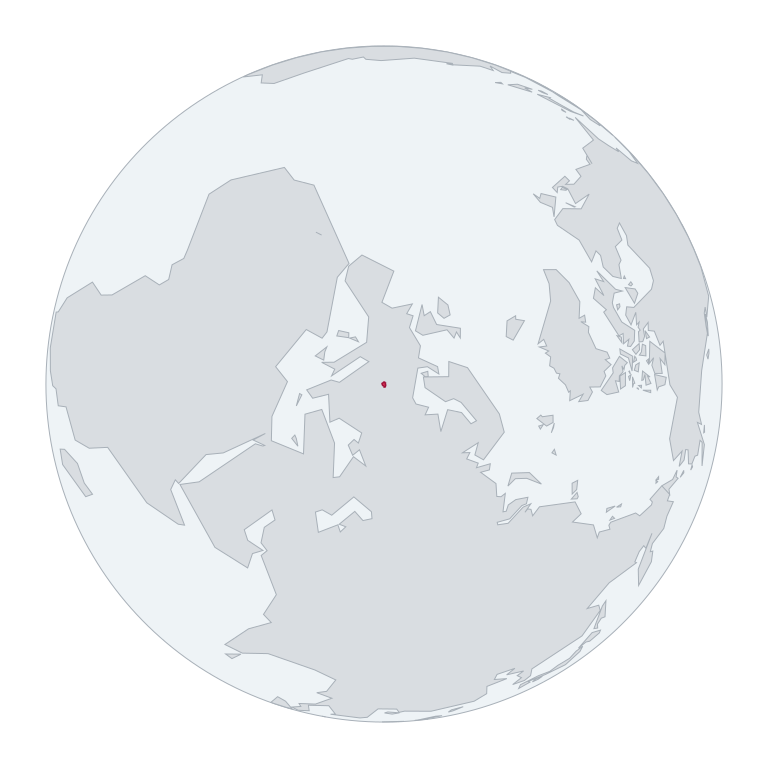 the Earth from above Zlínský, rotated 103°
{"feature_id": "CZE-10371", "entity_name": "Zlínský", "entity_type": "Region", "adm_level": 1, "iso_a3": "CZE", "parent_name": "Czechia", "parent_adm1": "", "projection": "orthographic", "projection_center": [17.624, 49.185], "detail": "fine", "context": "on_globe", "style": "filled", "palette": "rose", "viewbox_px": 768, "rotation_deg": 103, "n_neighbors": 0, "source": "natural_earth", "source_scale": "10m", "svg_char_len": 11622}
<svg xmlns="http://www.w3.org/2000/svg" viewBox="0 0 768 768"><g transform="rotate(103 384 384)"><circle cx="384" cy="384" r="338" fill="#eef3f6" stroke="#a8b0b8"/><path d="M64.3,274.6L66.5,268.3L69.3,260.8L79.0,238.6L90.2,217.1L81.7,233.6L83.8,231.5L79.9,242.6L72.5,253.5L64.0,278.6L59.0,291.7L55.1,306.3L53.4,315.5L50.9,331.2L52.7,330.5L54.0,339.1L50.3,352.2L54.0,348.1L52.7,361.9L57.5,388.7L56.2,389.5L59.7,427.8L69.5,459.5L71.7,474.7L70.0,477.6L74.7,487.9L74.9,491.9L99.0,531.9L115.9,558.7L118.3,571.4L110.1,572.1L116.5,590.2L112.6,585.3L98.3,564.4L85.6,542.5L74.5,519.8L65.3,496.2L57.8,472.0L52.1,447.4L48.3,422.4L46.3,397.1L46.3,371.8L48.2,346.6L51.4,326.4L52.8,318.1L52.5,318.7L64.3,274.6ZM153.2,137.2L171.9,121.0L161.4,129.7L171.7,121.1L183.4,112.2L198.8,101.5L225.4,87.4L246.3,84.5L236.8,88.4L242.9,87.9L255.2,83.2L261.8,80.3L299.4,77.5L340.7,71.0L352.0,65.5L350.9,70.0L371.0,58.2L392.3,55.7L369.3,60.9L367.8,63.4L382.8,62.4L384.4,64.8L392.6,66.0L393.3,69.3L379.8,72.9L380.0,75.3L390.6,74.5L397.9,77.9L382.3,78.5L393.5,84.7L373.1,93.4L330.9,95.1L320.5,105.2L279.5,121.6L284.2,123.8L271.7,132.5L272.4,138.5L264.6,140.5L272.0,143.7L278.9,140.8L284.5,141.4L285.6,144.9L275.8,147.8L273.9,146.5L271.5,149.2L266.2,149.3L269.5,151.2L257.5,154.8L270.8,156.6L262.5,164.0L254.2,164.9L253.2,157.8L231.5,144.7L222.7,144.7L211.4,151.2L193.8,177.6L184.9,181.1L174.1,190.8L179.8,191.8L190.2,184.6L198.1,189.5L210.0,180.9L214.9,181.9L227.8,176.5L227.7,185.2L220.7,196.7L210.0,201.9L206.6,207.4L218.3,209.2L199.9,226.2L190.4,250.7L185.4,254.7L172.9,249.2L169.0,231.3L152.8,226.8L165.1,238.0L152.5,248.8L151.2,254.4L153.0,259.0L158.5,258.3L154.6,264.1L140.9,254.5L144.3,249.0L148.6,251.9L146.6,243.9L137.3,238.8L131.7,245.3L123.6,232.7L119.5,237.4L115.4,237.7L122.6,230.8L109.5,243.4L99.2,234.8L81.2,257.7L96.9,230.2L101.2,218.8L104.9,207.6L101.8,211.0L110.9,193.2L112.0,186.5L102.1,197.9L91.6,214.5L104.9,193.5L119.6,173.6L135.7,154.8L153.2,137.2ZM76.4,263.6L67.2,299.9L67.6,286.4L68.4,287.3L71.7,276.4L76.3,260.4L78.0,249.9L76.4,263.6ZM83.2,263.5L84.4,258.2L83.9,262.5L83.2,263.5ZM264.4,78.8L255.2,82.9L243.5,86.6L251.0,82.8L264.4,78.8ZM286.9,73.9L283.1,76.1L276.7,75.4L280.9,74.3L286.9,73.9ZM359.6,61.5L351.8,62.6L358.8,60.8L359.6,61.5ZM393.6,65.6L395.3,64.7L398.9,65.8L393.6,65.6ZM227.0,172.3L227.3,174.4L224.7,174.2L227.0,172.3ZM232.2,168.1L228.9,166.5L230.9,164.3L232.9,165.4L232.2,168.1ZM403.1,71.9L408.3,74.4L400.7,72.5L403.1,71.9ZM235.8,170.7L234.9,160.7L238.5,157.1L249.0,158.1L235.8,170.7ZM409.7,76.2L422.4,82.7L427.3,80.8L420.7,90.4L412.1,81.3L402.0,79.0L408.8,78.5L409.7,76.2ZM280.7,138.4L273.3,141.6L278.5,135.8L280.7,138.4ZM282.6,134.6L290.6,117.1L302.1,114.6L297.1,120.7L311.1,115.3L312.8,122.5L305.5,127.2L297.7,127.2L304.3,130.1L282.6,134.6ZM415.1,95.0L416.1,97.3L412.5,95.6L415.1,95.0ZM287.1,141.2L287.7,137.7L297.7,135.1L298.4,141.7L294.9,140.4L287.1,141.2ZM314.0,110.5L321.5,110.1L325.0,115.7L328.4,116.4L313.9,122.5L314.0,110.5ZM293.2,142.7L298.4,145.2L294.7,149.7L287.2,144.5L293.2,142.7ZM300.0,131.8L304.8,131.0L302.3,133.5L300.0,131.8ZM284.5,167.9L284.9,163.3L290.2,161.5L284.5,167.9ZM300.6,145.9L301.9,144.3L304.0,143.2L306.6,145.8L300.6,145.9ZM317.3,126.3L317.1,128.9L323.4,124.0L326.2,128.4L316.0,131.9L321.6,132.2L322.5,133.6L313.2,135.0L317.3,126.3ZM315.6,145.2L303.6,151.7L301.6,160.4L296.8,162.1L301.0,147.9L315.6,145.2ZM315.0,139.0L314.3,143.2L308.8,143.0L305.9,140.1L315.0,139.0ZM331.8,130.4L330.1,122.7L332.4,122.2L331.8,130.4ZM316.1,147.7L319.0,146.1L316.6,148.3L316.1,147.7ZM328.2,135.6L327.3,132.8L329.9,132.4L328.2,135.6ZM325.5,145.4L321.6,147.4L319.5,145.4L325.5,145.4ZM327.6,140.9L331.5,141.0L321.1,143.5L326.8,139.8L327.6,140.9ZM330.9,135.6L332.1,134.5L330.9,136.9L330.9,135.6ZM335.7,152.4L323.2,155.9L318.5,151.3L331.4,148.4L335.7,152.4ZM219.6,579.0L195.4,529.8L205.5,517.4L206.0,497.0L274.4,445.2L290.5,453.5L346.1,451.3L353.3,454.6L348.4,472.0L391.5,493.5L403.4,478.6L440.8,485.9L464.6,481.0L470.2,446.7L431.2,454.2L422.8,438.9L452.7,418.9L486.6,412.5L484.4,406.4L461.7,397.4L468.0,383.3L453.6,393.1L460.5,398.5L451.6,405.1L444.8,400.7L447.3,395.7L436.7,394.7L427.4,420.0L433.4,428.1L406.5,435.7L413.9,450.3L407.1,458.0L392.0,436.4L392.4,427.8L365.6,403.8L362.7,413.3L387.9,436.9L380.6,435.3L376.9,449.6L374.0,437.5L347.3,410.3L322.1,414.0L292.3,445.1L277.1,444.9L263.3,434.5L271.8,399.8L304.9,404.4L308.3,393.2L299.6,374.4L310.4,377.7L311.0,371.0L323.3,371.9L338.6,357.1L350.8,356.3L355.0,335.7L361.9,332.8L357.4,345.6L360.9,354.6L391.0,353.0L396.3,348.3L396.6,335.3L404.8,337.0L401.2,324.7L417.6,317.9L394.7,316.2L394.4,302.0L403.2,290.3L399.0,285.6L384.6,304.7L382.6,312.8L387.4,320.1L378.3,343.2L368.3,347.2L362.3,322.6L347.5,325.9L349.3,306.3L387.2,264.9L403.9,256.0L435.5,270.0L432.7,279.5L420.0,279.0L433.4,292.1L431.5,284.9L438.4,286.6L439.9,274.4L444.8,275.1L437.8,262.5L444.0,262.0L448.3,270.0L455.8,252.5L468.2,248.8L467.5,244.6L463.3,241.2L481.8,239.3L480.5,236.3L473.9,235.7L467.0,229.6L462.0,218.3L468.7,218.3L471.4,222.3L487.1,231.2L493.3,242.6L495.6,241.5L491.8,231.7L472.6,220.7L467.7,214.0L477.3,217.8L473.4,215.9L473.1,212.6L479.0,209.5L468.7,204.9L455.9,171.3L466.1,162.7L476.1,169.3L474.2,148.2L485.9,141.6L479.8,140.9L474.7,131.2L471.0,133.1L467.7,132.0L453.1,109.8L454.9,105.2L441.7,96.2L438.6,96.0L436.5,98.9L420.7,90.4L427.3,80.8L434.1,81.6L433.6,75.6L449.1,78.6L461.8,78.9L479.1,86.6L487.5,86.8L486.3,84.5L497.0,83.5L523.0,90.6L507.2,94.6L469.2,89.3L485.2,91.9L483.1,94.5L489.8,97.6L500.9,99.6L501.3,97.8L527.1,119.9L557.1,135.5L551.2,125.0L556.0,122.4L584.9,134.4L628.3,175.8L635.2,175.6L641.3,180.5L647.9,191.0L639.2,184.0L638.2,188.6L632.2,183.4L639.8,199.1L631.6,192.5L641.5,208.5L647.1,210.0L643.4,198.0L655.5,215.7L662.6,214.3L672.8,224.8L692.3,264.6L698.1,290.3L700.5,295.4L697.9,298.5L701.9,316.7L712.5,325.3L714.8,332.4L717.8,361.8L716.5,357.2L709.9,365.4L714.0,385.4L719.2,383.4L721.2,394.2L719.5,401.1L716.9,392.5L714.4,394.9L711.3,378.8L701.9,364.1L699.9,380.1L696.4,370.8L683.2,364.4L678.2,387.0L672.8,436.3L678.1,461.5L673.6,480.4L653.0,460.9L641.8,440.2L635.6,449.6L613.5,441.5L578.7,465.1L572.7,460.4L566.4,468.1L550.6,468.4L541.0,459.6L531.9,464.8L557.4,487.4L567.0,481.6L573.4,464.5L578.8,474.0L593.9,475.5L581.2,512.0L527.8,560.2L520.9,542.1L471.2,495.9L471.7,488.5L471.5,487.7L470.7,486.4L468.0,498.9L458.9,488.5L487.3,525.1L492.8,541.5L527.1,561.7L524.3,565.8L534.8,568.1L566.4,546.6L566.9,553.0L553.1,588.4L507.9,639.0L512.9,656.8L508.1,672.3L477.8,688.7L478.5,696.5L462.5,702.5L460.2,706.4L446.3,712.0L423.8,717.3L387.7,719.6L387.0,717.6L371.3,712.1L350.3,691.0L361.0,679.6L358.4,669.0L332.2,641.0L338.0,625.2L330.6,617.3L315.5,617.3L306.7,607.3L297.4,605.6L238.4,597.2L219.6,579.0ZM252.9,478.3L251.4,484.5L252.9,478.3ZM524.2,422.0L543.3,414.6L531.6,397.3L538.0,393.3L531.7,389.1L530.7,396.1L514.7,383.8L521.8,373.8L517.9,365.4L511.3,367.5L500.8,388.0L523.6,405.4L520.5,415.9L524.2,422.0ZM57.8,389.4L57.9,395.2L56.8,390.9L57.8,389.4ZM65.1,289.4L64.4,295.2L63.1,299.9L63.2,296.3L65.1,289.4ZM64.9,336.1L65.3,343.6L63.8,338.0L64.9,336.1ZM66.3,305.3L64.6,330.7L61.9,321.4L63.5,305.7L63.9,313.5L66.3,305.3ZM78.4,267.7L77.4,272.0L76.0,273.1L78.4,267.7ZM82.8,266.7L82.8,265.5L84.4,262.1L82.8,266.7ZM153.3,249.3L154.3,250.3L154.9,255.6L152.3,254.5L153.3,249.3ZM171.8,272.5L165.1,281.4L168.1,274.0L163.1,273.8L163.2,258.6L182.9,255.9L174.0,259.6L171.8,272.5ZM168.8,238.4L166.5,247.8L168.3,237.6L168.8,238.4ZM301.8,335.1L306.5,340.3L302.7,347.7L287.2,350.5L292.6,339.5L301.8,335.1ZM314.2,346.1L312.5,322.1L322.0,320.0L317.0,325.1L323.5,326.1L317.0,334.8L327.8,357.1L325.1,365.3L298.0,364.8L308.4,360.2L303.1,355.1L314.2,346.1ZM291.3,270.2L290.7,261.4L312.2,268.0L310.3,275.6L294.8,278.3L287.9,271.1L291.3,270.2ZM254.5,175.2L252.9,172.5L255.6,171.5L259.2,173.0L254.5,175.2ZM284.2,165.9L264.5,186.1L261.6,184.0L253.4,199.2L242.7,199.7L248.4,189.6L234.0,201.9L234.8,193.0L225.9,202.1L239.6,179.7L239.8,172.7L243.7,180.2L253.5,179.8L257.8,177.6L270.1,166.3L275.3,151.8L285.8,149.8L292.0,152.2L292.3,155.3L285.3,155.5L290.9,159.6L281.0,162.4L284.2,165.9ZM357.4,190.3L349.1,187.7L358.5,199.3L348.8,200.9L350.5,202.2L344.0,207.0L339.2,215.3L334.5,214.9L334.6,218.4L330.4,221.9L329.0,226.7L320.1,227.7L317.6,233.7L314.8,230.9L313.0,241.0L310.4,234.0L304.6,238.4L310.2,242.9L265.7,240.3L249.1,245.7L236.7,254.3L233.8,242.0L243.6,226.4L259.7,211.7L276.1,208.7L271.8,204.0L278.4,201.4L279.0,206.2L282.0,197.3L287.6,196.5L301.9,185.4L302.8,173.8L308.0,169.8L310.5,173.9L314.0,167.1L322.2,172.4L326.2,169.7L338.2,172.7L340.7,182.8L344.9,179.1L354.2,181.6L357.4,190.3ZM339.0,153.5L344.2,164.4L341.4,170.9L321.6,163.2L316.9,164.9L304.1,160.8L308.5,151.7L311.7,153.6L315.9,153.4L312.8,156.3L318.4,153.8L323.1,156.5L328.6,155.4L328.8,159.2L339.0,153.5ZM360.6,448.0L366.0,448.9L374.3,448.1L372.1,457.3L360.6,448.0ZM342.0,429.8L346.8,428.8L347.8,440.8L342.1,440.2L342.0,429.8ZM348.6,418.4L347.0,427.8L344.5,422.4L348.6,418.4ZM361.8,344.2L366.8,342.6L367.6,345.6L365.2,350.2L361.8,344.2ZM383.3,227.3L379.0,224.2L380.3,222.4L376.4,212.3L383.4,210.6L388.4,216.1L383.3,227.3ZM464.0,453.9L457.7,461.7L453.8,459.4L456.8,457.2L464.0,453.9ZM413.0,461.6L425.1,464.5L412.3,464.1L413.0,461.6ZM390.2,223.8L387.8,219.7L392.8,221.5L390.2,223.8ZM388.2,209.0L393.9,210.0L383.7,209.3L388.2,209.0ZM560.9,649.3L534.8,679.0L520.3,684.9L519.5,680.6L530.4,664.8L547.9,653.8L557.0,643.2L560.9,649.3ZM720.0,419.6L719.5,422.5L712.6,417.3L715.2,408.6L721.2,400.5L721.0,405.4L721.3,403.6L720.0,419.6ZM721.6,369.5L721.5,367.2L721.4,366.1L721.6,369.5ZM679.4,462.6L685.8,470.4L682.7,477.6L679.4,462.6ZM708.9,291.0L713.7,309.9L708.2,288.8L708.9,291.0ZM703.5,274.4L705.0,278.4L704.6,277.9L703.5,274.4ZM703.8,301.8L704.4,309.5L702.7,306.5L700.9,294.9L703.8,301.8ZM680.6,234.2L686.9,243.2L689.2,247.5L686.4,245.1L680.6,234.2ZM446.1,208.1L443.8,223.7L446.7,234.7L455.6,240.3L442.1,239.5L437.6,222.4L446.1,208.1ZM454.0,175.6L446.2,171.5L450.1,169.4L452.4,170.0L454.0,175.6ZM448.9,175.9L438.4,178.4L434.3,173.6L443.5,172.5L448.9,175.9ZM414.5,200.3L413.3,204.9L409.3,203.3L414.5,200.3ZM701.5,268.3L703.7,275.2L696.1,259.0L694.1,252.8L700.7,267.1L700.6,265.8L701.5,268.3ZM640.9,172.4L637.1,169.7L633.1,163.9L636.9,167.3L640.9,172.4ZM616.7,144.1L630.8,161.5L641.5,176.7L641.7,174.8L650.4,184.3L646.3,183.4L633.5,167.9L626.7,157.8L618.9,151.2L609.6,141.5L601.1,136.7L594.8,131.4L600.5,132.9L616.7,144.1ZM597.6,135.1L579.4,125.3L575.1,117.7L578.1,118.2L588.3,125.7L590.0,129.2L597.6,135.1ZM573.7,120.9L575.1,124.4L551.3,121.3L545.2,119.0L561.1,116.3L563.3,119.6L569.9,122.0L573.7,120.9ZM419.5,96.7L416.4,97.2L417.6,95.3L419.5,96.7ZM465.8,133.3L461.5,131.6L463.0,129.1L465.8,133.3ZM450.4,125.8L451.7,129.7L447.5,125.6L450.4,125.8ZM455.1,138.8L450.9,131.3L458.9,138.5L455.1,138.8Z" fill="#d9dde1" stroke="#a8b0b8" stroke-width="1"/><path d="M386.8,383.1L386.7,383.2L386.2,383.4L386.1,383.6L385.9,383.9L385.9,384.1L385.8,384.3L385.9,384.5L385.7,384.8L385.5,385.0L385.3,385.0L385.2,385.0L385.0,385.4L385.0,385.5L384.9,385.5L384.7,385.6L384.5,385.8L384.4,385.9L384.1,386.0L384.1,385.9L384.0,385.7L383.9,385.7L383.7,385.6L383.6,385.4L383.4,385.3L383.2,385.4L383.0,385.2L382.9,385.1L382.6,385.0L382.5,384.9L382.4,384.8L382.5,384.7L382.4,384.6L382.2,384.6L382.1,384.4L382.3,384.2L382.2,384.0L382.2,383.9L382.1,383.7L382.3,383.5L382.3,383.4L382.6,383.3L382.7,383.2L382.8,383.1L382.8,382.9L382.8,382.7L383.0,382.7L383.1,382.8L383.4,382.9L383.5,382.9L383.6,382.7L384.0,382.7L384.1,382.4L384.5,382.5L384.6,382.4L384.7,382.2L384.8,382.1L385.0,382.1L385.3,382.0L386.0,382.1L386.5,382.2L386.6,382.3L386.7,382.5L386.8,382.5L386.8,382.8L386.9,383.1L386.8,383.1Z" fill="#f43f5e" stroke="#9f1239" stroke-width="1.5"/></g></svg>